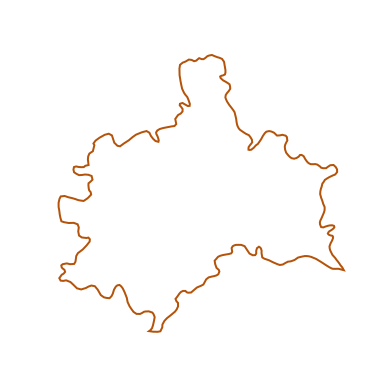 outline of Orsha, Vitebsk, Belarus, rotated 79°
{"feature_id": "67162791B52368794321360", "entity_name": "Orsha", "entity_type": "district", "adm_level": 2, "iso_a3": "BLR", "parent_name": "Belarus", "parent_adm1": "Vitebsk", "projection": "albers", "projection_center": [30.362, 54.544], "detail": "fine", "context": "isolated", "style": "outline", "palette": "amber", "viewbox_px": 384, "rotation_deg": 79, "n_neighbors": 0, "source": "geoboundaries", "source_scale": "gbopen_adm2", "svg_char_len": 5314}
<svg xmlns="http://www.w3.org/2000/svg" viewBox="0 0 384 384"><g transform="rotate(79 192 192)"><path d="M320.4,260.7L321.8,256.5L322.7,252.3L322.7,249.6L319.2,247.0L316.4,246.3L313.2,243.6L311.1,240.7L308.9,236.4L306.2,231.5L304.3,229.4L301.6,227.5L298.2,226.9L296.3,228.1L293.8,228.6L292.0,226.5L289.1,223.5L288.0,221.9L287.4,219.8L287.9,217.3L289.4,216.3L290.1,215.1L290.5,212.1L288.2,208.1L286.7,205.4L285.7,200.8L285.0,198.5L282.6,196.5L280.5,194.8L279.0,192.0L278.8,188.6L278.8,186.7L278.6,184.1L277.8,181.9L275.3,180.3L273.5,180.6L271.2,182.4L267.2,183.0L263.8,182.9L260.6,178.8L260.0,176.5L259.8,174.1L259.8,171.9L259.9,167.5L259.7,165.1L258.3,163.9L256.6,163.9L254.6,163.8L253.0,162.4L252.4,160.5L252.3,158.7L252.8,156.1L253.3,153.8L255.2,150.7L260.1,148.7L263.4,147.3L265.7,144.4L266.0,142.0L264.7,140.7L262.0,140.2L259.5,138.9L258.5,136.7L259.7,135.5L261.1,135.0L263.2,134.9L265.1,135.4L269.6,135.5L271.2,133.8L273.8,129.3L275.6,127.0L277.2,124.8L279.4,121.5L280.4,119.7L280.5,116.7L279.5,113.9L278.7,111.2L278.9,108.2L278.3,104.3L276.6,100.5L276.4,97.0L276.4,93.3L277.1,90.4L278.3,87.6L281.4,82.9L286.0,77.9L289.5,74.3L292.2,71.4L294.1,68.9L294.7,66.4L295.3,62.9L297.7,57.9L294.6,58.9L292.1,60.3L290.5,60.9L288.0,62.1L286.0,63.2L284.1,64.0L280.4,66.2L277.4,67.0L275.5,67.5L273.5,67.6L271.6,67.4L270.4,66.7L268.6,65.6L267.6,64.7L266.1,63.6L264.6,62.6L263.0,62.1L261.8,62.5L260.9,64.6L259.9,66.0L258.7,66.6L257.5,65.7L256.7,64.6L256.3,63.3L255.7,61.8L254.7,59.9L253.6,58.9L252.3,59.1L251.4,60.8L251.1,63.0L251.1,64.9L251.4,67.7L251.8,69.8L251.1,71.9L248.3,72.5L246.3,72.3L244.6,71.5L242.9,70.2L240.0,68.2L237.3,66.4L235.1,65.3L233.3,64.9L231.9,64.7L229.0,65.4L225.3,65.8L222.4,66.3L218.5,66.6L215.9,65.9L213.3,64.8L211.9,63.9L208.6,62.4L207.3,60.9L205.5,59.3L204.5,56.9L203.8,55.0L203.2,52.9L202.5,50.1L202.3,48.5L201.3,47.0L200.0,45.7L197.5,45.3L195.0,46.1L192.5,47.9L192.1,51.1L193.1,53.6L194.2,55.8L193.7,58.7L192.8,60.6L191.6,61.3L190.4,62.4L189.0,63.8L188.1,65.7L187.9,67.6L187.3,70.2L186.4,71.5L185.1,72.7L183.3,73.7L181.2,74.6L178.1,75.6L176.5,77.4L176.3,79.0L177.6,80.4L178.6,83.0L178.8,85.4L177.9,87.6L176.6,89.0L174.7,90.3L171.3,92.1L168.2,92.5L165.3,92.3L163.4,91.5L161.3,90.0L159.7,88.6L156.1,88.4L154.6,89.3L153.1,92.4L153.2,95.0L152.8,97.8L149.5,100.1L147.8,102.5L146.9,104.7L147.0,107.6L148.3,109.5L150.7,111.9L153.3,114.0L155.1,115.8L157.4,118.2L158.4,120.4L160.4,123.0L161.8,125.8L161.7,127.5L161.2,128.5L158.8,127.9L157.3,126.4L155.9,124.7L154.7,123.4L152.1,123.2L149.5,124.1L147.1,125.3L144.9,128.3L141.6,131.6L140.0,133.1L138.4,134.0L136.0,134.7L134.1,134.9L132.0,134.9L128.7,134.7L125.4,134.8L121.7,135.0L119.7,135.8L117.0,137.1L113.7,138.8L109.7,140.4L107.5,140.9L105.6,141.2L103.3,140.4L101.6,138.8L99.8,136.5L98.0,134.8L95.7,134.5L93.5,134.6L92.3,135.7L90.5,137.6L88.4,140.1L87.0,141.2L85.5,142.2L84.0,142.3L83.5,141.0L83.5,139.5L82.9,137.2L80.9,136.3L78.5,135.9L73.9,135.8L70.3,135.7L67.1,137.1L65.5,139.4L64.4,141.6L63.0,143.8L61.8,145.6L61.3,146.3L61.3,149.3L61.6,151.0L62.7,152.8L63.8,155.3L63.4,157.2L62.0,159.4L62.8,161.0L63.9,162.9L64.0,165.0L62.3,167.1L61.4,169.8L62.7,173.4L63.3,176.6L64.9,179.5L68.5,180.8L74.9,181.9L80.9,182.1L84.4,182.1L88.7,182.0L93.1,180.9L95.2,180.0L97.9,178.5L101.4,177.8L105.1,177.3L107.0,177.9L106.8,179.7L105.2,181.6L102.8,184.4L103.1,187.0L104.6,187.5L106.5,186.4L108.7,185.4L111.1,185.9L112.8,188.0L113.8,191.0L117.1,194.5L119.6,194.5L122.3,194.5L123.9,196.6L123.7,199.6L123.7,203.8L123.7,207.9L124.0,211.6L125.0,214.3L126.7,215.9L128.3,215.9L130.8,215.2L132.9,214.9L135.0,214.8L136.3,215.4L135.0,218.1L132.4,220.0L129.2,221.6L125.7,222.5L123.5,225.0L123.8,229.7L125.0,235.9L126.7,239.7L129.2,244.2L131.4,249.7L133.4,253.9L132.4,256.4L128.7,258.9L125.2,259.3L121.2,259.8L118.9,262.6L119.2,266.8L121.1,272.5L123.1,276.8L125.6,279.5L127.4,278.9L133.0,281.5L134.7,285.4L137.2,287.1L140.2,288.0L145.8,288.4L145.9,291.7L146.9,293.5L146.5,296.0L145.9,298.2L144.8,300.9L145.0,303.1L147.4,304.1L150.1,304.0L151.8,302.3L153.9,299.7L154.3,296.7L154.4,293.8L155.3,290.5L157.1,287.5L160.9,287.3L162.4,289.5L163.7,291.9L165.6,292.4L168.7,292.7L170.8,292.6L172.8,291.5L175.3,291.5L177.8,295.0L178.7,296.7L180.1,300.1L179.3,302.5L178.3,305.1L176.6,308.0L175.1,310.9L173.6,314.3L171.6,317.8L171.3,321.7L173.3,323.3L177.1,325.0L181.2,325.8L184.3,325.8L188.7,326.1L192.0,326.1L195.8,325.8L197.2,323.4L198.9,319.0L199.7,314.0L201.9,310.4L205.2,309.9L209.0,311.2L213.2,311.2L215.6,308.8L217.0,304.4L217.0,302.4L218.9,301.3L221.1,301.9L224.2,305.5L227.5,310.1L228.6,312.3L230.2,315.6L232.7,317.8L238.2,319.7L240.1,321.4L239.6,325.5L238.2,328.5L238.2,331.0L238.2,332.7L239.1,334.3L241.0,334.3L242.1,333.8L244.0,332.1L246.2,331.8L247.6,333.5L248.4,335.7L250.0,337.4L251.2,338.7L253.9,337.9L254.7,335.4L254.7,332.4L257.2,328.5L260.2,326.3L264.6,323.3L266.5,319.4L266.0,314.5L265.1,311.7L264.6,308.7L265.9,305.4L269.8,303.2L275.8,301.2L278.6,298.5L279.7,296.0L280.5,293.2L278.8,290.8L276.6,289.1L273.0,287.2L270.3,284.8L269.4,283.1L269.4,280.9L271.1,279.5L273.3,278.4L277.4,277.3L283.4,276.2L287.8,276.2L292.2,275.1L294.9,274.0L298.5,272.3L301.0,269.8L301.8,266.2L301.2,264.0L300.4,261.9L300.4,260.5L300.9,257.2L302.8,253.9L304.5,253.1L307.7,252.5L311.0,253.8L314.9,255.5L317.9,257.1L319.6,259.0L320.4,260.7Z" fill="none" stroke="#b45309" stroke-width="2"/></g></svg>